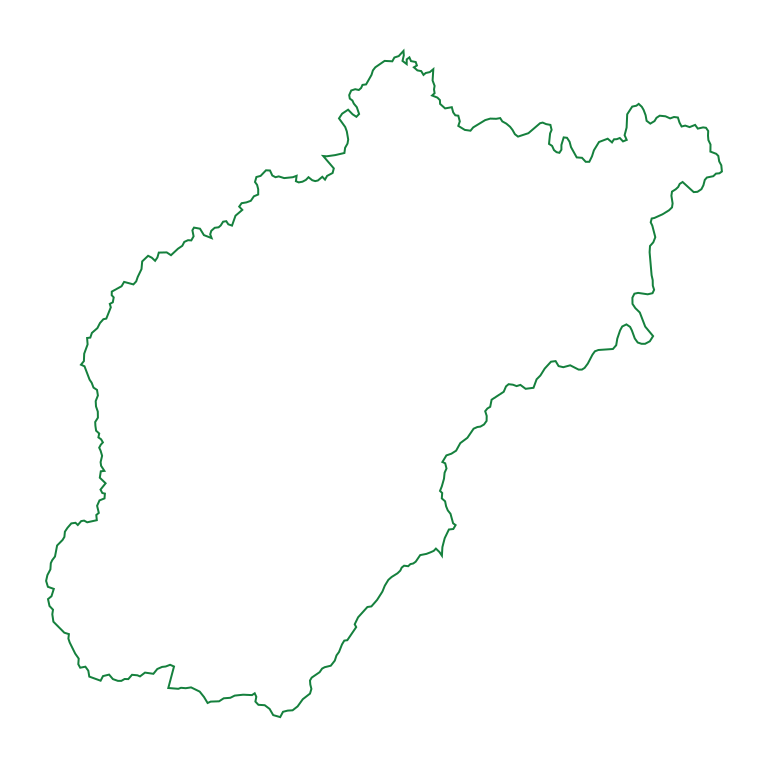 outline of Torixoréu, Mato Grosso, Brazil
{"feature_id": "56859067B4494078996618", "entity_name": "Torixoréu", "entity_type": "district", "adm_level": 2, "iso_a3": "BRA", "parent_name": "Brazil", "parent_adm1": "Mato Grosso", "projection": "equal_earth", "projection_center": [-52.851, -16.299], "detail": "fine", "context": "isolated", "style": "outline", "palette": "green", "viewbox_px": 768, "rotation_deg": 0, "n_neighbors": 0, "source": "geoboundaries", "source_scale": "gbopen_adm2", "svg_char_len": 6023}
<svg xmlns="http://www.w3.org/2000/svg" viewBox="0 0 768 768"><path d="M89.3,676.6L100.6,680.7L103.0,676.1L109.1,674.6L112.9,679.1L118.0,680.9L121.3,680.9L124.6,679.0L128.3,679.1L132.0,674.8L137.4,675.3L140.0,676.4L145.0,672.6L153.4,673.8L157.3,669.0L162.1,666.9L165.7,666.5L170.1,664.8L174.0,666.5L168.3,688.0L178.3,688.8L181.0,687.8L185.7,688.2L191.1,687.4L199.7,691.6L204.0,697.0L207.6,703.0L210.7,701.6L219.1,701.3L223.7,698.3L230.3,697.8L234.7,695.6L243.2,694.7L252.0,695.1L254.7,693.3L256.3,696.8L255.4,701.6L258.4,704.8L264.7,705.2L269.6,708.9L273.2,715.1L280.2,717.1L283.0,711.8L287.7,710.6L292.6,710.3L297.6,706.4L302.8,699.2L310.0,693.6L311.4,688.9L310.3,684.5L310.0,680.5L311.7,677.6L319.6,672.2L322.1,668.6L324.7,667.2L330.8,665.7L334.8,660.6L336.5,655.4L339.0,652.0L342.0,644.4L344.3,640.6L347.3,640.2L356.2,627.1L354.7,624.3L358.1,617.3L367.4,607.0L371.4,606.4L377.1,599.9L382.4,591.6L384.8,585.7L388.4,579.8L391.6,577.0L397.5,573.3L400.3,570.6L401.7,567.6L404.1,565.7L408.2,566.2L410.4,564.1L413.2,563.5L415.7,561.7L420.2,555.1L426.4,553.9L430.3,552.4L433.7,550.9L435.9,548.6L439.5,552.1L441.9,555.7L442.4,547.1L444.7,538.2L448.9,529.5L453.3,529.0L455.6,525.1L453.1,523.3L450.5,513.8L447.8,510.4L446.1,506.3L445.1,501.3L441.8,498.4L442.2,493.0L440.0,490.9L441.8,486.4L444.0,478.7L444.6,472.7L446.5,468.5L445.2,463.3L442.4,462.0L446.4,455.4L451.4,453.7L456.1,450.7L460.3,443.1L467.4,437.8L473.6,428.7L477.4,427.0L480.4,426.6L484.0,424.5L486.6,420.9L486.7,415.9L485.2,411.2L487.4,408.5L490.2,406.8L491.6,399.7L503.7,391.8L506.0,386.4L508.6,384.2L512.9,384.7L516.6,386.1L520.4,384.9L525.6,388.8L533.5,387.8L536.6,379.3L540.4,375.5L544.7,368.6L551.0,361.7L555.6,361.1L558.6,366.1L563.3,367.2L570.2,365.3L578.6,369.6L581.9,369.6L584.6,367.9L587.8,363.6L592.5,354.6L594.9,351.3L598.3,350.0L612.9,349.0L616.2,345.2L617.3,338.6L620.1,330.4L622.2,326.5L626.4,324.4L630.1,326.9L631.9,330.5L634.8,338.5L637.7,342.5L641.5,343.8L645.1,343.8L649.8,341.3L653.1,336.1L645.2,326.6L639.8,312.5L635.3,308.1L632.5,303.9L632.4,297.7L634.4,293.7L638.1,292.9L647.7,294.3L652.5,293.2L654.1,289.8L652.8,285.6L652.7,280.1L651.6,275.2L649.6,252.2L650.0,246.0L653.3,242.3L655.3,237.2L652.3,225.6L650.7,222.3L651.7,218.5L654.3,218.0L662.5,214.3L669.0,210.3L672.0,207.4L672.6,203.4L671.4,195.7L672.0,191.6L675.7,189.3L678.2,187.0L679.7,183.9L682.6,182.0L693.7,192.1L697.5,191.8L701.4,189.2L703.4,185.3L704.8,179.9L706.9,177.5L713.3,176.2L716.0,173.6L719.4,173.3L721.9,171.5L721.3,165.3L719.2,161.4L718.3,155.9L716.2,153.8L710.4,151.6L710.5,144.5L708.4,140.1L708.0,135.7L708.2,131.0L706.0,127.8L703.1,127.4L697.8,128.6L695.1,124.9L689.6,127.1L685.2,125.6L681.6,126.5L679.5,122.6L677.9,117.5L674.0,117.0L670.1,118.4L665.5,116.3L659.7,115.7L656.5,117.8L654.5,121.1L650.3,123.6L646.6,120.8L645.6,115.2L643.6,109.9L641.8,106.8L638.7,103.9L636.4,105.7L632.2,106.6L627.2,114.3L626.6,127.6L624.6,135.2L626.7,139.9L623.0,141.4L619.8,138.0L616.7,139.2L614.0,139.3L612.0,142.4L607.7,138.7L599.0,142.0L593.9,150.3L592.0,156.3L589.3,161.8L585.7,161.8L582.0,157.8L576.7,157.4L571.0,147.1L569.6,141.8L567.0,137.8L563.7,137.4L561.4,145.0L561.4,149.7L559.4,152.8L556.6,152.2L554.0,150.1L552.1,145.9L549.0,143.9L550.1,133.4L551.6,129.9L550.4,124.9L546.1,124.1L542.7,122.6L540.1,123.2L528.4,133.2L518.0,136.6L514.9,134.2L512.5,129.9L510.1,126.8L506.3,123.6L502.3,121.4L500.2,118.1L496.2,118.8L490.3,118.6L485.2,120.1L473.2,127.4L470.5,130.7L464.8,129.9L458.3,125.9L459.8,121.4L458.3,115.7L455.3,115.3L453.2,112.4L451.8,107.2L445.1,108.4L440.1,103.9L439.9,100.1L437.4,97.6L432.1,95.5L434.6,93.2L434.0,89.4L434.6,85.9L432.6,80.5L433.3,69.2L429.8,72.1L425.7,73.0L423.5,74.9L421.2,71.1L417.4,70.4L413.9,67.3L416.9,65.5L415.7,62.0L411.0,61.1L409.4,57.4L406.7,59.4L406.7,64.1L402.5,60.9L403.8,55.4L403.5,50.9L398.7,56.1L394.4,57.5L392.3,61.3L384.6,60.9L375.3,67.3L372.9,70.4L371.5,74.9L366.1,84.4L362.5,84.9L361.1,88.0L358.8,90.0L355.2,89.2L351.2,90.5L349.2,95.1L349.8,98.6L352.4,100.5L353.8,103.6L356.8,107.2L359.1,114.0L356.4,116.8L352.6,114.3L348.1,109.7L342.1,113.7L339.0,118.4L345.2,127.0L346.8,131.4L348.2,139.5L347.5,143.6L345.1,147.8L344.4,153.0L335.2,155.1L326.6,156.3L323.2,156.0L333.8,168.4L332.6,173.0L327.1,175.9L325.0,179.6L322.3,176.8L317.9,180.5L315.2,181.1L312.2,180.2L308.5,177.2L305.9,179.9L302.5,181.7L298.7,182.4L295.9,181.2L296.6,175.8L292.9,177.2L284.2,178.1L278.7,176.4L275.5,177.2L272.3,175.5L270.0,170.5L266.0,170.3L260.6,175.9L256.4,177.0L255.0,182.0L257.1,184.9L258.2,189.2L258.2,194.5L253.9,196.3L250.8,200.8L246.4,202.4L241.6,203.2L239.2,206.6L242.3,209.9L235.5,215.7L232.0,225.6L228.3,224.3L226.3,221.2L223.1,221.7L220.7,225.5L218.6,227.3L214.7,227.8L211.3,230.8L210.2,234.3L211.6,238.1L203.9,235.1L200.0,228.7L194.0,227.6L192.4,230.3L193.6,236.3L191.3,240.4L188.0,240.2L184.3,241.9L182.3,245.8L178.0,248.7L171.0,255.2L166.7,252.4L158.8,252.6L157.4,257.5L155.1,260.8L151.8,257.7L148.1,255.8L142.2,261.4L141.5,269.1L137.7,277.0L136.2,281.4L133.4,284.4L124.1,281.9L121.6,286.2L111.8,291.6L111.7,295.2L113.7,297.4L112.8,302.3L109.8,303.9L110.8,307.3L106.3,318.6L103.4,319.2L100.0,323.0L97.4,328.1L91.9,332.9L90.3,337.6L87.1,338.0L87.6,344.4L84.2,353.7L83.9,361.1L81.0,364.7L84.5,366.3L89.6,379.7L91.7,382.8L93.5,387.6L97.0,389.9L97.9,395.5L95.7,401.1L96.0,406.4L97.8,411.6L97.9,417.7L95.2,422.0L95.4,425.8L96.1,430.7L99.2,433.5L98.4,437.4L101.1,439.3L102.9,442.4L100.8,444.7L99.2,447.7L100.6,450.7L102.1,455.8L100.6,462.1L101.1,465.8L104.4,470.9L100.8,471.3L99.8,477.7L105.6,483.3L100.5,489.6L102.3,493.0L104.9,493.6L104.5,498.4L99.5,500.4L97.1,505.8L98.8,512.9L96.3,515.0L96.8,520.2L87.2,522.3L84.1,520.6L81.2,521.1L77.8,525.0L75.5,522.8L71.3,523.4L67.5,527.8L64.9,531.7L64.4,536.9L62.6,539.9L57.1,545.5L55.0,556.5L52.2,560.2L50.8,563.2L50.4,569.4L47.4,575.1L46.1,580.9L47.9,586.8L53.8,588.9L51.5,596.2L48.0,599.1L49.5,606.0L53.0,609.7L52.3,614.3L53.4,621.7L64.3,632.7L68.9,634.1L68.4,638.6L69.7,642.5L75.2,653.6L78.7,658.6L78.3,664.2L80.2,667.7L85.4,666.7L88.3,670.7L89.3,676.6Z" fill="none" stroke="#15803d" stroke-width="2"/></svg>